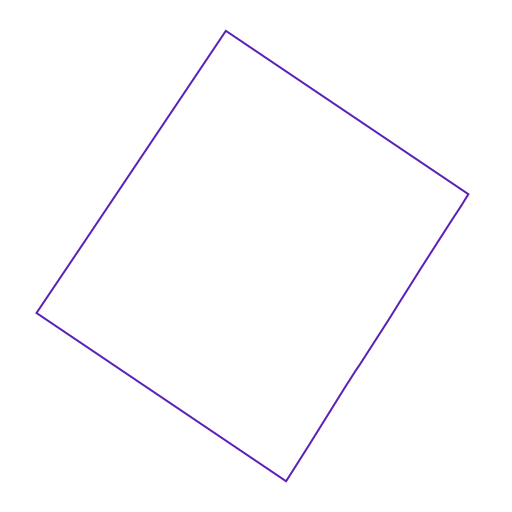 Davis, Iowa, United States of America (Albers equal-area conic projection), rotated 304°
{"feature_id": "52423323B91960594969044", "entity_name": "Davis", "entity_type": "district", "adm_level": 2, "iso_a3": "USA", "parent_name": "United States of America", "parent_adm1": "Iowa", "projection": "albers", "projection_center": [-92.393, 40.745], "detail": "fine", "context": "isolated", "style": "outline", "palette": "violet", "viewbox_px": 512, "rotation_deg": 304, "n_neighbors": 0, "source": "geoboundaries", "source_scale": "gbopen_adm2", "svg_char_len": 403}
<svg xmlns="http://www.w3.org/2000/svg" viewBox="0 0 512 512"><g transform="rotate(304 256 256)"><path d="M86.1,406.9L128.8,405.7L199.8,403.1L201.5,403.1L202.0,403.1L216.9,402.7L222.7,402.8L277.7,401.6L299.1,400.8L313.5,400.4L337.7,399.6L383.9,398.5L397.9,398.2L409.7,398.1L413.8,398.0L426.0,397.5L425.8,105.1L170.5,105.8L86.0,105.9L86.1,406.9Z" fill="none" stroke="#5b21b6" stroke-width="2"/></g></svg>